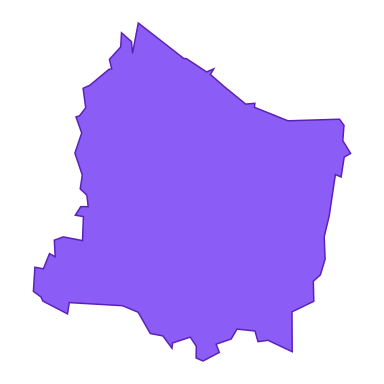 outline of Rutherford, Tennessee, United States of America
{"feature_id": "52423323B26987147906068", "entity_name": "Rutherford", "entity_type": "district", "adm_level": 2, "iso_a3": "USA", "parent_name": "United States of America", "parent_adm1": "Tennessee", "projection": "albers", "projection_center": [-86.446, 35.86], "detail": "fine", "context": "isolated", "style": "filled", "palette": "violet", "viewbox_px": 384, "rotation_deg": 0, "n_neighbors": 0, "source": "geoboundaries", "source_scale": "gbopen_adm2", "svg_char_len": 1014}
<svg xmlns="http://www.w3.org/2000/svg" viewBox="0 0 384 384"><path d="M344.0,125.4L339.5,119.2L288.0,120.8L254.4,107.3L254.9,103.3L245.7,104.1L224.1,86.5L210.4,74.5L213.7,68.9L206.6,71.9L186.2,58.5L183.9,58.6L138.3,23.0L132.5,53.4L131.5,41.7L121.5,32.8L120.7,46.9L109.4,59.4L111.7,68.8L108.9,69.4L89.9,85.2L83.1,88.3L85.7,107.8L79.5,115.8L76.0,116.9L81.7,133.0L74.9,153.1L82.3,175.1L80.2,188.9L86.9,195.2L88.2,206.7L80.8,206.6L75.3,215.2L83.4,216.6L82.5,240.6L63.3,236.9L54.3,240.2L55.2,256.7L49.5,253.6L43.4,268.8L34.9,267.2L33.4,291.4L40.9,296.9L42.9,301.1L67.5,313.9L69.3,302.6L122.4,305.7L138.1,312.2L150.3,333.5L162.8,335.9L172.0,348.2L172.6,343.0L190.2,337.1L196.3,346.2L196.1,358.0L203.0,361.0L219.3,352.4L216.1,344.2L231.2,339.0L237.0,329.1L255.0,331.0L258.0,341.7L268.0,340.3L292.2,351.7L292.0,311.8L313.8,301.3L313.3,281.3L320.4,274.8L325.1,259.2L324.2,236.6L329.2,216.0L335.4,174.5L341.1,177.0L344.2,157.1L350.6,153.4L342.8,140.7L344.0,125.4Z" fill="#8b5cf6" stroke="#5b21b6" stroke-width="1.5"/></svg>